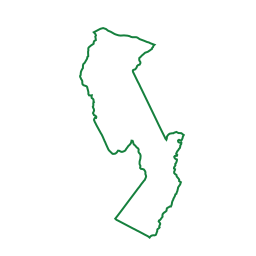 Muricilândia, Tocantins, Brazil, rotated 30°
{"feature_id": "56859067B66713354403020", "entity_name": "Muricilândia", "entity_type": "district", "adm_level": 2, "iso_a3": "BRA", "parent_name": "Brazil", "parent_adm1": "Tocantins", "projection": "albers", "projection_center": [-48.769, -7.015], "detail": "fine", "context": "isolated", "style": "outline", "palette": "green", "viewbox_px": 256, "rotation_deg": 30, "n_neighbors": 0, "source": "geoboundaries", "source_scale": "gbopen_adm2", "svg_char_len": 4519}
<svg xmlns="http://www.w3.org/2000/svg" viewBox="0 0 256 256"><g transform="rotate(30 128 128)"><path d="M50.5,62.2L51.8,62.6L52.9,63.0L54.0,63.9L54.0,65.3L54.8,66.1L55.6,67.1L56.2,68.0L55.3,69.4L55.4,70.9L56.1,72.2L55.5,73.5L54.8,74.8L54.3,76.2L53.8,77.5L53.7,78.5L54.1,79.5L54.8,80.4L55.2,81.7L55.7,82.6L56.4,83.7L57.1,84.8L57.7,85.8L57.3,86.9L57.9,88.3L57.9,90.3L57.9,91.5L57.9,93.3L57.4,94.7L57.5,95.6L57.8,96.5L58.4,97.6L59.0,98.7L58.9,100.3L59.0,101.7L59.2,103.0L59.9,104.6L60.5,105.8L60.5,107.0L61.2,107.8L62.3,108.5L63.0,109.1L63.9,109.5L65.0,110.3L65.8,111.7L66.7,112.8L68.0,113.2L69.5,112.9L71.2,112.6L72.2,113.0L72.9,113.8L73.8,114.7L74.8,115.7L75.8,116.8L76.7,118.4L78.0,119.2L79.2,118.6L80.3,117.8L80.6,118.7L81.0,119.5L81.6,120.2L82.6,120.2L83.6,120.5L84.3,121.1L84.7,122.1L85.6,122.6L85.4,123.7L86.3,125.1L86.9,126.3L86.9,127.2L87.7,127.9L88.6,128.4L89.2,129.0L89.9,129.9L90.1,131.1L90.2,132.6L91.2,133.2L92.0,133.8L93.2,133.7L94.2,133.8L95.1,134.3L95.3,135.3L94.3,135.7L94.2,136.8L94.5,138.0L96.4,139.5L97.6,140.2L98.9,141.1L101.0,142.4L102.2,143.1L103.3,143.8L104.1,144.3L105.0,144.8L107.1,146.1L108.6,146.9L110.2,148.0L111.2,148.7L112.2,149.5L113.1,150.1L114.2,151.0L115.2,151.6L116.6,152.7L118.8,154.3L121.9,156.5L123.1,157.0L127.5,158.1L128.8,157.4L129.9,156.4L130.5,154.8L130.6,153.6L130.7,152.6L131.9,152.1L133.0,152.1L134.1,152.0L135.1,151.4L136.1,150.2L136.9,148.8L136.9,147.0L137.1,145.5L137.2,144.4L137.3,143.2L137.7,142.2L137.9,141.3L138.1,139.9L137.8,138.4L137.4,137.2L138.4,136.8L139.3,137.5L140.1,138.4L141.2,139.3L142.4,139.5L143.3,139.7L144.2,140.1L145.6,140.5L146.9,140.6L147.9,141.2L148.5,142.4L149.0,143.4L150.1,144.1L151.3,144.4L152.2,145.1L152.9,145.9L153.5,147.2L154.1,148.5L154.3,149.4L154.8,151.2L156.0,153.4L156.8,154.0L157.6,154.5L158.1,155.5L158.4,156.5L159.7,156.9L161.3,156.2L162.6,156.0L163.6,156.5L164.5,156.9L165.3,157.7L166.0,159.1L167.1,160.0L167.9,160.9L168.2,162.1L168.3,163.3L168.5,164.5L168.2,165.6L167.9,168.0L167.7,169.1L167.5,170.9L167.3,173.2L167.0,174.9L166.8,176.5L166.6,178.3L165.3,188.8L163.7,202.4L163.4,204.8L162.8,209.5L162.3,212.9L164.0,213.3L165.2,213.2L183.1,212.5L184.2,212.4L187.5,212.3L188.4,212.2L194.0,212.0L195.1,212.0L199.4,211.8L201.5,212.1L201.6,210.9L201.9,210.0L202.6,209.0L203.6,208.2L204.7,207.7L205.5,206.7L205.4,205.5L205.1,204.1L204.9,202.7L204.3,201.7L204.2,200.7L204.7,199.8L205.1,198.4L204.3,197.7L204.0,196.5L204.0,195.4L203.6,194.6L202.5,194.0L201.3,193.6L201.1,192.6L201.8,191.5L202.0,190.1L202.1,188.6L202.3,187.6L201.4,186.3L201.1,185.1L201.3,184.1L201.6,183.1L202.3,181.8L202.7,180.4L202.3,179.4L201.9,178.4L202.0,177.5L202.8,176.4L203.4,175.1L204.4,174.6L204.3,173.4L204.0,172.1L203.4,170.6L203.1,169.3L203.0,168.4L203.0,167.4L202.7,166.5L202.7,164.9L202.6,163.3L202.2,161.8L202.8,160.8L202.4,159.4L202.3,158.1L201.9,156.8L201.5,155.4L201.1,154.4L201.2,153.2L201.3,151.9L201.4,150.8L201.1,149.6L200.9,148.5L199.8,148.5L198.8,148.4L198.3,147.3L197.2,146.6L195.7,146.1L194.4,145.6L193.4,144.4L191.7,144.3L190.5,143.9L189.8,142.7L189.7,141.3L189.4,140.2L188.1,140.1L187.6,139.0L187.7,137.9L187.7,136.5L186.9,135.6L187.1,134.3L186.9,132.9L186.6,131.7L186.1,130.8L185.0,131.0L184.0,130.9L183.0,130.4L182.4,129.7L182.6,128.8L183.5,128.2L184.3,127.5L184.0,126.6L182.6,126.3L182.4,124.8L182.3,123.6L182.6,122.2L182.6,120.8L182.9,119.4L182.6,118.1L182.0,117.0L182.1,115.3L181.6,114.2L180.3,114.8L179.4,115.0L178.3,114.8L177.6,113.8L178.1,112.7L179.3,112.5L180.4,112.4L180.5,111.0L180.3,109.5L179.8,107.9L179.8,106.2L178.5,106.1L176.9,105.8L175.4,106.5L174.3,107.1L173.0,107.2L171.9,107.2L171.2,108.0L170.4,108.9L169.9,109.9L168.7,110.6L167.9,111.3L167.1,111.9L166.5,113.0L166.2,114.1L166.0,116.0L166.6,117.1L166.9,117.9L167.1,119.0L165.7,118.5L164.2,117.4L159.2,114.1L152.8,109.8L150.2,108.0L146.1,105.2L136.4,98.6L134.8,97.5L120.5,87.8L118.1,86.2L115.7,84.5L113.3,83.0L104.4,77.0L103.6,76.1L103.5,75.1L104.2,74.4L104.9,73.6L105.1,72.5L105.2,71.3L104.9,69.7L105.4,68.3L106.4,67.3L106.3,65.6L105.8,64.8L105.0,64.3L104.1,63.9L103.3,62.8L102.8,61.7L103.3,60.4L103.6,59.1L103.9,57.9L104.4,56.7L104.7,55.7L105.2,54.2L106.3,53.0L107.3,51.7L107.7,50.7L108.2,49.8L108.6,48.7L109.2,47.7L108.9,46.5L109.2,45.4L108.9,44.0L109.3,42.7L105.1,43.4L103.2,43.5L101.5,44.0L98.3,44.4L93.7,45.2L91.0,45.0L89.6,45.3L86.3,47.2L84.9,47.6L83.4,47.7L81.4,48.3L79.3,49.3L78.2,49.8L75.5,51.6L73.7,52.4L71.2,53.0L69.4,53.3L65.0,53.3L62.1,53.7L59.4,53.3L56.5,53.9L54.5,55.9L53.1,58.1L52.3,59.4L50.5,62.2Z" fill="none" stroke="#15803d" stroke-width="2"/></g></svg>